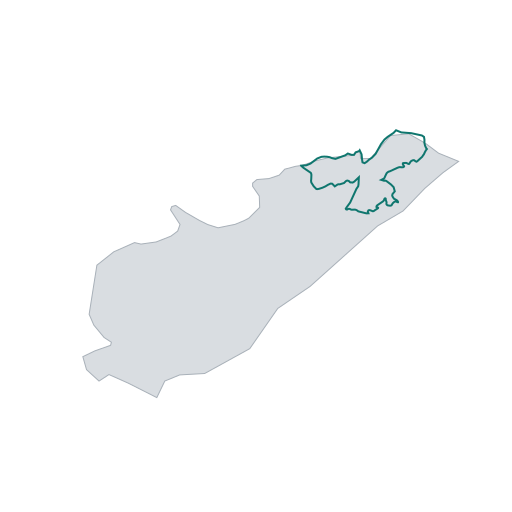 location of An Nabatiyah within Lebanon, rotated 207°
{"feature_id": "LBN-3059", "entity_name": "An Nabatiyah", "entity_type": "Province", "adm_level": 1, "iso_a3": "LBN", "parent_name": "Lebanon", "parent_adm1": "", "projection": "orthographic", "projection_center": [35.465, 33.278], "detail": "fine", "context": "in_parent", "style": "outline", "palette": "teal", "viewbox_px": 512, "rotation_deg": 207, "n_neighbors": 0, "source": "natural_earth", "source_scale": "10m", "svg_char_len": 3664}
<svg xmlns="http://www.w3.org/2000/svg" viewBox="0 0 512 512"><g transform="rotate(207 256 256)"><path d="M280.1,84.8L312.4,84.7L333.2,83.6L339.1,73.3L355.4,77.8L364.6,87.7L356.5,98.3L345.0,110.4L345.7,113.5L354.3,114.4L369.1,120.8L378.2,128.3L393.6,175.6L384.6,195.2L370.3,212.8L363.9,214.4L351.3,223.2L340.8,235.1L337.1,242.6L338.0,249.6L353.1,258.3L353.5,261.8L350.5,264.6L338.3,262.8L322.6,262.0L313.3,262.1L302.6,263.9L289.0,274.7L282.9,281.8L279.6,286.4L274.8,301.0L280.3,310.9L290.6,316.5L292.1,319.4L289.9,324.5L279.7,330.8L272.0,338.6L269.8,346.4L261.3,354.0L256.0,357.7L246.0,368.0L236.1,376.4L216.0,389.4L211.4,397.1L207.0,390.2L198.2,394.9L190.8,424.4L175.4,434.2L156.1,433.3L140.0,430.5L118.4,432.3L127.2,415.2L136.3,392.9L145.4,362.9L161.3,338.0L194.0,253.5L212.8,219.2L219.5,170.6L248.4,128.0L270.0,115.4L280.5,103.2L280.1,84.8Z" fill="#d9dde1" stroke="#a8b0b8" stroke-width="1"/><path d="M210.4,396.3L208.1,394.5L204.6,389.1L203.6,387.8L201.4,388.0L200.1,390.2L199.0,393.2L197.3,396.3L195.8,401.3L195.4,412.4L194.4,418.1L192.8,421.9L189.3,428.2L188.3,431.6L182.6,432.1L173.5,435.9L162.9,438.7L160.4,438.4L158.7,436.1L157.4,433.4L155.5,431.1L153.4,429.4L152.3,428.9L152.6,427.3L152.7,424.7L152.6,424.1L152.6,422.9L152.6,422.4L152.9,421.4L152.9,420.3L153.0,419.8L155.3,413.7L155.8,412.9L156.9,412.8L158.3,413.1L158.8,413.1L159.1,412.9L159.5,412.7L160.3,411.8L160.8,411.1L161.1,410.2L161.3,408.0L161.5,407.4L162.2,407.2L164.0,407.2L164.5,407.1L165.1,406.8L166.9,405.7L167.2,405.3L166.9,404.5L166.5,404.2L166.0,403.8L165.5,403.7L165.1,403.4L164.7,403.0L164.8,402.5L165.1,402.0L166.2,401.3L166.9,401.0L168.2,400.5L169.1,399.8L170.1,398.7L175.3,392.1L176.2,391.3L176.8,390.2L177.2,389.0L177.1,385.3L177.0,384.4L177.1,383.2L178.9,380.7L176.0,381.2L175.2,381.8L174.4,382.0L173.2,381.9L168.2,381.0L164.6,379.8L161.7,376.6L162.5,373.1L162.1,371.7L161.6,371.2L161.1,370.8L159.1,369.7L158.6,369.6L158.1,369.7L156.0,369.6L155.5,369.5L154.9,369.3L154.5,369.0L154.0,368.7L153.9,368.4L154.3,368.2L156.0,368.1L156.7,367.8L157.3,367.1L157.9,365.7L158.1,364.9L158.2,364.3L158.2,364.0L158.2,363.1L158.4,362.5L158.9,362.0L159.8,361.5L161.7,360.9L162.6,361.0L163.3,361.4L163.6,361.9L163.9,362.8L164.2,363.3L164.6,363.7L165.4,364.4L165.8,364.8L166.0,365.2L166.4,365.9L166.8,366.1L167.2,366.0L167.5,365.4L167.3,363.5L167.6,362.4L171.0,356.2L171.1,355.7L171.2,355.2L171.1,354.7L170.9,354.3L170.5,354.3L169.5,354.5L169.1,354.4L169.0,354.1L169.3,353.4L170.8,350.9L171.2,350.0L171.7,349.3L172.2,348.9L174.3,348.7L175.5,348.5L176.0,348.2L176.5,347.8L176.6,346.7L176.4,346.1L176.0,345.7L175.5,345.4L175.2,345.1L177.0,344.1L185.2,342.2L186.6,342.5L187.8,342.5L188.4,342.4L189.4,342.0L191.5,340.8L192.0,340.6L192.6,340.5L193.7,340.5L194.2,340.4L194.7,340.2L195.2,339.8L195.5,339.4L195.9,338.8L196.0,338.8L196.5,338.5L196.9,338.5L197.2,338.7L197.4,338.8L197.5,338.9L197.3,340.8L196.4,346.3L196.4,346.9L197.0,361.5L196.6,364.5L197.2,366.4L200.1,372.8L202.2,366.9L203.2,365.3L203.9,365.1L204.3,364.9L205.0,364.6L205.3,364.4L205.7,364.4L206.1,364.5L206.5,364.7L206.9,364.9L207.5,364.9L208.6,364.8L209.2,364.4L209.7,363.8L209.9,363.4L210.7,361.0L213.9,357.9L215.0,357.4L215.8,356.7L217.4,353.8L220.9,355.0L222.4,354.4L224.2,352.1L225.8,349.5L227.8,347.0L230.4,344.4L231.6,343.5L232.6,343.1L236.2,344.3L240.1,346.6L241.1,348.0L241.7,349.6L243.5,353.5L244.3,354.5L245.0,355.0L253.6,356.1L256.7,356.9L256.8,357.0L252.3,359.7L249.4,363.1L245.7,370.7L242.7,374.1L240.4,375.5L237.8,376.7L235.2,377.5L232.7,377.7L229.3,378.6L222.2,386.2L220.7,389.0L216.7,389.5L214.6,390.6L214.3,393.6L211.7,396.3L211.6,397.2L210.5,396.3L210.4,396.3Z" fill="none" stroke="#0f766e" stroke-width="2"/></g></svg>